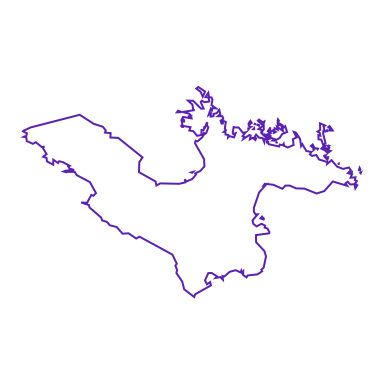 outline of Camarines Sur, Camarines Sur, Philippines
{"feature_id": "2640588B57655195310467", "entity_name": "Camarines Sur", "entity_type": "district", "adm_level": 2, "iso_a3": "PHL", "parent_name": "Philippines", "parent_adm1": "Camarines Sur", "projection": "mercator", "projection_center": [123.465, 13.694], "detail": "fine", "context": "isolated", "style": "outline", "palette": "violet", "viewbox_px": 384, "rotation_deg": 0, "n_neighbors": 0, "source": "geoboundaries", "source_scale": "gbopen_adm2", "svg_char_len": 6082}
<svg xmlns="http://www.w3.org/2000/svg" viewBox="0 0 384 384"><path d="M183.0,116.9L182.0,119.1L182.3,119.0L183.0,119.3L182.9,119.1L184.0,120.0L183.9,121.4L184.9,121.1L184.2,121.6L181.6,120.8L182.7,125.9L190.5,127.2L189.3,130.5L193.3,131.2L197.1,135.8L201.4,135.0L201.5,130.0L203.6,130.2L204.5,126.1L204.8,128.5L206.5,123.3L207.6,122.4L206.6,124.3L208.3,127.5L206.2,133.1L204.5,134.3L204.2,133.1L203.8,132.9L202.6,137.0L197.5,141.4L195.6,140.7L195.0,143.2L204.1,159.2L204.4,166.4L200.4,170.9L195.2,173.4L196.0,174.5L192.3,179.0L187.1,181.2L185.1,180.8L184.9,180.3L185.4,182.3L179.4,183.8L160.2,183.4L156.4,185.5L155.6,181.5L139.0,172.2L139.3,162.2L142.5,157.4L118.2,137.9L110.4,137.5L110.6,133.1L105.0,132.6L105.8,130.6L102.9,126.8L93.7,123.8L79.7,114.8L30.8,127.4L23.4,130.8L23.0,131.3L26.9,133.3L26.3,135.8L23.8,136.9L26.3,137.3L26.8,141.1L32.9,143.8L35.9,142.2L41.8,147.1L44.4,146.5L42.8,147.9L46.6,154.1L43.2,156.8L46.5,157.9L47.0,161.4L53.2,164.7L53.3,159.7L58.1,163.0L59.2,161.2L63.2,162.3L69.6,165.8L68.2,166.3L69.5,168.6L74.1,169.9L68.5,170.7L67.9,171.9L74.7,171.9L76.7,175.1L89.9,182.1L96.0,193.1L93.4,195.8L91.3,194.9L87.1,202.8L81.1,202.5L89.0,205.1L89.5,207.5L101.2,217.6L102.1,220.4L106.9,221.9L109.9,225.3L116.6,227.0L122.6,233.7L128.5,233.3L136.2,238.5L139.5,236.7L172.4,254.6L176.8,263.7L175.4,265.6L177.1,269.9L176.4,273.1L182.2,281.5L184.2,289.3L194.2,297.0L195.1,294.3L210.9,285.4L210.2,282.1L207.0,284.3L205.0,280.4L208.3,273.1L211.7,273.0L217.2,276.5L215.7,277.9L220.3,277.1L222.9,279.7L222.5,276.0L224.3,276.5L229.7,271.8L235.6,270.2L240.6,272.4L241.3,270.6L242.1,272.8L243.2,271.4L243.1,274.9L246.5,277.4L247.6,275.5L257.6,274.3L262.2,271.2L261.4,269.7L263.7,267.5L266.0,256.4L264.5,251.2L256.1,242.2L256.0,235.1L269.2,233.3L269.4,232.1L267.5,228.6L264.6,227.6L265.1,225.6L261.4,223.8L256.6,226.4L253.3,223.8L252.5,220.4L257.7,214.3L255.8,214.5L253.9,211.9L253.9,207.8L259.1,192.5L266.1,184.5L263.8,185.2L264.8,183.8L273.5,184.8L282.4,188.8L285.5,185.6L289.8,185.6L296.2,188.4L304.4,188.6L316.6,193.5L324.3,191.1L332.8,181.5L347.2,185.8L345.5,183.4L347.8,181.7L350.3,184.5L354.4,184.2L355.3,188.4L357.3,185.2L355.1,183.3L356.9,181.1L354.9,180.0L355.5,177.3L350.6,177.7L352.0,174.3L347.9,173.1L350.8,170.2L348.9,167.5L343.1,168.9L337.2,166.7L331.5,160.2L327.1,164.0L327.2,162.0L319.0,159.5L316.3,155.0L311.9,155.9L309.9,154.3L311.4,151.9L306.3,151.0L302.3,144.1L301.1,146.1L300.0,138.9L295.9,132.6L293.8,131.9L296.6,137.4L292.9,139.2L293.6,145.0L287.8,147.5L284.1,145.9L283.7,143.7L283.0,144.7L283.2,145.3L279.8,144.6L279.1,146.5L268.7,144.2L268.3,142.1L267.1,142.7L266.9,142.4L267.2,139.5L264.8,138.9L264.3,142.2L262.6,138.1L259.1,137.7L256.1,134.6L254.5,137.3L256.1,138.2L255.4,140.0L252.6,137.8L249.9,139.3L250.7,135.5L249.4,135.0L243.3,139.0L244.3,137.0L242.6,136.1L245.7,132.3L242.9,132.8L238.6,127.5L233.8,127.4L233.8,126.1L232.7,132.7L233.3,134.1L235.6,133.2L234.0,137.4L229.4,136.1L228.1,137.4L228.4,135.0L225.5,134.5L225.4,132.0L223.8,131.9L225.9,130.1L224.8,128.8L225.8,121.9L222.7,120.7L222.9,123.4L221.6,123.6L220.6,120.7L223.3,118.8L222.4,116.2L217.9,116.2L220.3,114.3L219.3,109.9L216.7,113.2L213.5,113.9L213.5,116.2L210.6,116.6L210.9,113.4L208.6,115.0L210.8,108.8L211.9,110.4L212.5,108.1L216.0,108.4L211.5,105.1L212.5,99.8L211.6,97.5L209.0,97.1L208.3,92.8L205.5,97.0L208.7,97.8L209.3,101.5L204.5,102.2L201.9,100.7L200.7,101.9L203.6,108.6L201.0,108.6L193.2,100.8L188.0,100.6L192.4,104.6L193.3,109.9L194.7,110.1L182.3,112.0L189.0,113.6L191.1,115.6L188.8,116.3L189.1,117.9L190.2,117.5L191.5,117.8L191.6,118.4L183.0,116.9ZM279.3,123.4L277.7,123.3L278.2,125.5L280.9,124.6L283.0,131.0L277.0,126.7L277.8,129.8L274.6,128.2L274.2,131.0L275.8,131.9L273.9,132.9L273.1,130.2L271.2,131.3L269.6,131.0L270.5,127.4L267.8,131.3L270.6,133.2L268.0,134.1L270.7,136.1L269.2,138.9L271.8,138.1L274.5,139.1L272.7,140.5L274.8,140.6L279.7,138.0L282.1,134.1L287.1,132.0L285.2,126.2L283.5,127.8L282.6,125.3L279.3,123.4ZM320.0,123.4L320.2,129.8L317.5,131.6L319.7,132.8L320.3,135.7L318.4,135.1L318.5,139.3L321.3,139.6L323.2,144.9L325.5,143.2L323.1,133.5L323.4,131.0L324.7,131.4L323.6,126.5L325.1,125.5L320.0,123.4ZM198.3,87.0L196.3,88.6L200.6,91.8L202.8,96.7L205.1,91.5L198.3,87.0ZM263.7,125.4L258.6,129.0L261.7,129.8L261.2,132.7L263.0,134.8L261.9,131.6L263.8,129.5L263.7,125.4ZM259.0,119.6L257.9,120.7L263.1,125.6L264.3,121.5L262.7,122.3L259.0,119.6ZM329.6,146.7L325.3,150.7L327.4,152.8L329.6,146.7ZM312.7,144.5L310.9,146.0L313.3,147.7L313.4,150.1L314.9,148.7L312.7,144.5ZM329.6,126.1L328.3,127.1L330.1,128.4L329.2,130.5L332.7,130.5L329.6,126.1ZM264.7,134.4L263.8,135.6L268.0,138.4L268.8,136.6L264.7,134.4ZM250.4,120.9L248.6,123.4L248.7,125.0L251.7,122.9L250.4,120.9ZM262.0,216.6L260.5,218.4L263.6,219.5L263.9,218.7L262.0,216.6ZM328.2,157.2L325.0,157.3L327.4,159.8L328.2,157.2ZM68.1,170.5L65.9,170.6L63.6,171.5L66.3,172.3L68.1,170.5ZM178.1,110.7L176.9,112.3L180.9,112.2L181.0,111.8L178.1,110.7ZM323.1,146.8L321.4,148.7L323.6,149.7L324.2,148.3L323.1,146.8ZM330.4,151.0L328.3,150.7L328.8,152.2L330.4,151.0ZM359.6,167.9L358.9,170.1L360.0,170.6L360.4,169.7L359.6,167.9ZM278.0,119.4L277.6,121.0L278.3,122.0L278.9,120.7L278.0,119.4ZM325.5,145.7L324.1,145.8L324.4,147.8L325.5,145.7ZM259.0,125.1L256.6,124.4L258.9,125.8L259.0,125.1ZM325.4,149.0L324.4,149.6L325.0,150.3L325.4,149.0ZM250.8,126.8L249.5,126.4L249.7,127.2L250.8,126.8ZM351.9,172.1L350.4,172.8L351.8,172.8L351.9,172.1ZM180.7,125.3L182.0,126.9L183.0,127.0L183.1,126.3L180.7,125.3ZM325.8,155.2L324.5,155.6L325.1,156.3L325.8,155.2ZM327.0,131.1L326.9,130.3L326.1,130.9L327.0,131.1ZM255.9,124.5L254.9,123.8L254.7,124.1L255.9,124.5ZM192.1,172.8L193.0,171.9L191.2,172.4L192.1,172.8ZM249.2,128.4L248.3,128.4L248.3,129.6L249.2,128.4ZM185.5,180.6L185.1,179.1L185.1,179.8L185.5,180.6ZM254.2,129.1L254.1,128.3L253.4,129.1L254.2,129.1ZM328.9,145.7L328.4,145.5L327.2,146.5L328.9,145.7ZM338.8,163.6L337.8,164.2L338.8,163.9L338.8,163.6ZM276.5,142.2L275.6,142.6L276.7,142.5L276.5,142.2ZM361.0,172.5L360.3,172.9L360.7,173.3L361.0,172.5ZM318.0,148.6L316.8,148.4L317.6,149.3L318.0,148.6Z" fill="none" stroke="#5b21b6" stroke-width="2"/></svg>